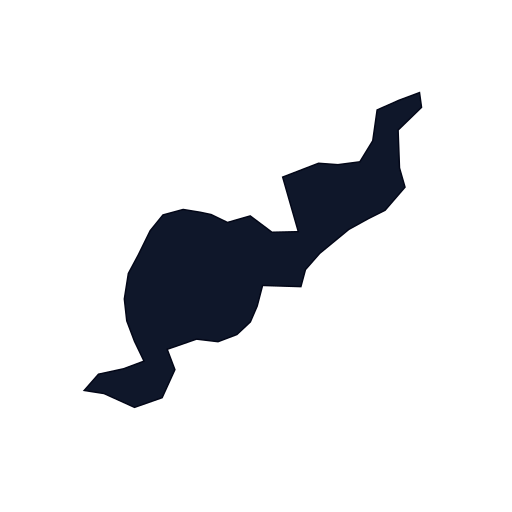 Nisou, Nicosia, Cyprus, rotated 74°
{"feature_id": "46923920B45466837348284", "entity_name": "Nisou", "entity_type": "district", "adm_level": 2, "iso_a3": "CYP", "parent_name": "Cyprus", "parent_adm1": "Nicosia", "projection": "equal_earth", "projection_center": [33.387, 35.036], "detail": "fine", "context": "isolated", "style": "filled", "palette": "ink", "viewbox_px": 512, "rotation_deg": 74, "n_neighbors": 0, "source": "geoboundaries", "source_scale": "gbopen_adm2", "svg_char_len": 750}
<svg xmlns="http://www.w3.org/2000/svg" viewBox="0 0 512 512"><g transform="rotate(74 256 256)"><path d="M144.0,53.8L145.7,75.6L149.0,99.3L177.4,112.0L194.1,130.2L190.8,152.1L184.1,170.3L187.5,208.6L215.9,208.6L244.3,208.6L237.6,234.1L215.9,250.5L215.9,274.2L203.8,287.7L198.7,297.3L191.2,313.2L190.9,334.1L202.5,350.7L222.6,368.9L237.6,383.5L261.0,394.4L282.7,398.1L304.5,396.3L326.2,392.6L327.9,414.5L326.2,440.0L337.9,458.2L346.3,440.0L368.0,414.5L366.3,385.3L342.9,365.3L321.2,367.1L319.5,336.1L327.9,316.1L326.2,296.0L317.8,279.6L304.5,268.7L286.1,257.8L297.8,221.3L282.7,212.2L271.0,194.0L256.0,159.4L251.0,137.5L247.6,119.3L230.9,93.8L210.9,93.8L174.1,84.7L158.7,55.9L144.0,53.8Z" fill="#0f172a" stroke="#020617" stroke-width="1.5"/></g></svg>